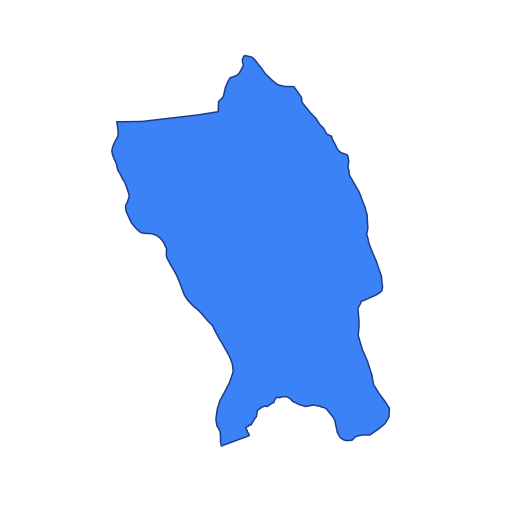 outline of Xayphoothong, Savannakhét, Laos, rotated 13°
{"feature_id": "54806243B80767168472934", "entity_name": "Xayphoothong", "entity_type": "district", "adm_level": 2, "iso_a3": "LAO", "parent_name": "Laos", "parent_adm1": "Savannakhét", "projection": "orthographic", "projection_center": [105.02, 16.341], "detail": "fine", "context": "isolated", "style": "filled", "palette": "blue", "viewbox_px": 512, "rotation_deg": 13, "n_neighbors": 0, "source": "geoboundaries", "source_scale": "gbopen_adm2", "svg_char_len": 3080}
<svg xmlns="http://www.w3.org/2000/svg" viewBox="0 0 512 512"><g transform="rotate(13 256 256)"><path d="M254.9,82.5L245.4,84.4L238.6,84.2L236.1,83.0L232.0,81.0L224.1,76.3L219.5,72.2L219.4,72.0L214.8,68.5L211.1,65.3L207.8,63.4L206.3,63.1L203.7,63.1L200.2,63.2L199.0,64.3L198.9,65.8L198.6,67.1L198.9,69.4L200.9,73.3L199.7,77.5L198.6,81.3L197.0,84.0L193.2,86.7L190.9,87.9L189.4,92.1L188.3,98.2L188.3,103.2L188.3,108.2L184.8,114.0L186.7,123.9L167.9,131.5L114.5,150.6L90.2,156.6L92.8,163.2L94.0,167.1L94.5,169.5L93.9,172.7L92.9,175.9L92.2,179.3L91.8,182.9L91.9,186.1L93.2,189.1L95.0,192.0L97.0,194.7L99.1,197.3L100.5,200.4L102.2,203.7L104.5,205.9L106.7,208.5L108.7,211.1L111.4,213.5L112.7,215.4L116.4,221.1L118.9,225.7L118.9,228.8L118.5,232.4L117.6,235.9L118.2,239.0L119.8,242.2L123.5,247.0L127.2,251.8L129.9,253.8L132.5,255.8L135.5,257.6L138.4,259.1L141.7,259.0L145.2,258.5L148.6,257.8L151.7,257.9L155.2,258.5L158.2,259.9L160.8,261.7L163.4,264.1L163.5,264.2L164.9,266.2L167.2,268.9L167.8,272.2L168.4,275.3L169.7,278.0L173.4,282.2L175.3,284.3L180.0,289.2L183.4,293.3L185.9,296.6L188.4,300.2L193.2,307.5L194.8,309.9L197.0,312.2L199.6,314.5L202.2,316.3L204.3,317.7L207.9,319.8L211.3,321.4L216.4,324.7L223.9,330.3L226.5,331.8L229.4,333.8L233.8,339.2L235.9,341.5L238.0,344.0L241.8,347.8L242.0,348.0L247.0,353.5L253.0,360.1L254.9,363.0L257.3,366.6L259.7,373.5L259.7,375.2L258.6,385.4L256.1,395.2L254.4,401.4L253.4,404.8L252.7,414.0L253.6,423.9L256.0,430.1L258.5,432.5L260.5,435.3L261.6,438.4L262.5,441.7L263.2,445.1L265.0,448.9L279.7,439.2L287.0,434.5L289.8,432.4L288.6,430.4L287.2,429.5L286.5,427.8L285.0,426.3L285.0,424.8L286.7,423.9L287.1,422.5L289.2,421.7L291.3,414.9L292.5,412.5L292.1,406.2L295.7,402.0L298.6,400.2L300.7,400.2L304.0,396.6L306.5,394.3L306.5,392.0L307.7,389.5L308.7,388.7L310.1,388.8L311.1,388.6L313.1,387.3L317.8,386.1L321.8,387.5L324.3,389.4L327.0,389.9L331.2,391.0L335.7,391.4L338.6,391.4L342.5,389.6L346.3,388.0L349.2,388.3L351.6,387.9L353.5,388.4L357.4,388.5L359.5,389.4L360.9,390.7L362.9,392.2L367.5,395.8L369.6,398.1L375.1,410.0L379.3,414.2L383.1,415.5L386.0,415.5L391.1,413.8L393.2,410.0L396.6,407.9L400.8,406.2L402.9,405.7L407.1,404.9L413.4,398.1L419.3,390.5L421.8,382.9L420.2,374.4L414.7,368.9L407.1,362.5L399.5,354.9L395.7,346.0L388.2,333.3L380.6,323.1L373.4,310.4L372.2,301.2L370.5,294.5L367.1,284.3L369.1,276.0L371.0,275.1L372.4,274.0L374.5,272.5L375.8,271.5L378.3,269.6L379.8,268.5L380.8,267.7L382.0,266.8L383.9,264.9L384.5,264.2L386.4,261.9L386.4,260.7L386.3,257.7L385.0,254.4L382.8,247.5L377.8,239.6L374.5,234.2L367.0,223.9L363.1,218.0L361.2,213.9L358.9,209.8L358.8,204.3L358.1,201.6L356.3,195.6L355.0,190.9L353.1,187.5L351.6,184.4L348.9,180.7L343.7,172.7L342.6,171.2L341.7,170.0L335.2,163.1L333.2,160.9L330.1,157.6L328.5,155.5L327.5,152.2L325.7,149.1L325.1,143.1L323.5,138.8L322.1,136.9L316.1,136.2L314.0,135.4L313.1,134.9L311.2,133.5L308.1,129.5L304.8,125.8L303.3,123.6L302.8,122.4L297.4,121.2L293.2,116.4L288.4,113.4L283.6,108.6L277.1,104.4L271.7,100.2L266.3,96.0L264.6,91.2L254.9,82.5Z" fill="#3b82f6" stroke="#1e3a8a" stroke-width="1.5"/></g></svg>